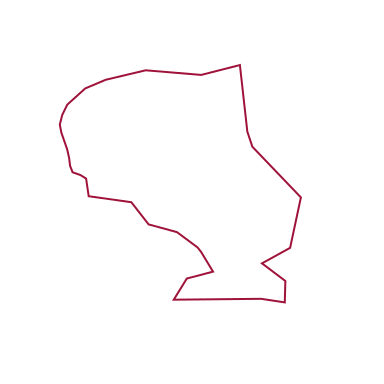 outline of Križevci, rotated 154°
{"feature_id": "SVN-266", "entity_name": "Križevci", "entity_type": "Municipality", "adm_level": 1, "iso_a3": "SVN", "parent_name": "Slovenia", "parent_adm1": "", "projection": "orthographic", "projection_center": [16.14, 46.575], "detail": "fine", "context": "isolated", "style": "outline", "palette": "rose", "viewbox_px": 384, "rotation_deg": 154, "n_neighbors": 0, "source": "natural_earth", "source_scale": "10m", "svg_char_len": 554}
<svg xmlns="http://www.w3.org/2000/svg" viewBox="0 0 384 384"><g transform="rotate(154 192 192)"><path d="M157.0,52.1L176.7,65.7L255.6,103.2L234.6,116.5L208.0,111.2L210.1,134.2L211.3,139.7L223.1,162.5L245.2,181.9L251.0,209.4L286.7,233.5L281.3,250.5L284.9,256.2L290.7,262.1L290.1,269.0L287.6,276.2L285.5,285.0L283.4,302.6L281.3,310.5L274.9,318.1L265.8,325.2L242.5,331.9L220.4,330.7L180.3,321.7L132.4,293.2L93.3,285.1L115.8,222.0L117.9,206.2L96.5,139.4L128.3,98.8L160.4,97.2L147.1,71.1L157.0,52.1Z" fill="none" stroke="#9f1239" stroke-width="2"/></g></svg>